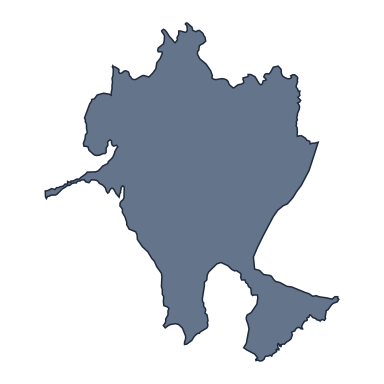 the district of Thota-ea-Moli, Maseru, Lesotho
{"feature_id": "5366337B11591763594047", "entity_name": "Thota-ea-Moli", "entity_type": "district", "adm_level": 2, "iso_a3": "LSO", "parent_name": "Lesotho", "parent_adm1": "Maseru", "projection": "orthographic", "projection_center": [27.504, -29.453], "detail": "fine", "context": "isolated", "style": "filled", "palette": "slate", "viewbox_px": 384, "rotation_deg": 0, "n_neighbors": 0, "source": "geoboundaries", "source_scale": "gbopen_adm2", "svg_char_len": 5903}
<svg xmlns="http://www.w3.org/2000/svg" viewBox="0 0 384 384"><path d="M337.7,296.7L335.0,296.7L332.2,299.1L326.3,297.8L319.7,296.9L316.1,295.7L312.8,296.3L309.0,293.7L305.2,292.5L291.8,287.0L286.8,286.3L279.9,282.5L275.6,281.5L273.5,279.3L271.4,276.2L270.0,275.5L263.5,274.5L259.5,270.4L254.6,269.1L253.4,257.0L257.4,247.5L263.0,236.0L273.2,216.7L277.8,210.1L283.2,205.7L287.5,203.8L292.9,197.6L296.7,191.4L301.3,185.3L309.1,170.4L318.2,142.2L314.5,143.2L312.2,143.2L310.1,143.9L309.7,141.3L306.6,140.1L305.6,138.3L301.7,135.8L299.2,135.8L297.4,136.4L297.1,134.5L297.4,131.4L297.1,127.7L296.1,125.8L296.6,123.9L296.3,121.6L297.4,119.9L296.6,117.3L297.4,115.6L297.4,113.7L299.2,109.3L299.6,106.5L298.7,104.4L297.6,103.0L299.7,102.0L300.7,100.3L297.8,97.4L299.9,95.4L299.4,93.3L299.9,91.1L298.4,91.3L297.7,89.3L296.3,87.2L296.1,86.1L297.6,81.7L297.3,80.4L297.7,77.9L296.9,76.5L294.7,74.8L292.9,74.7L290.7,75.8L291.6,77.3L291.5,77.7L289.5,78.8L287.8,78.8L284.7,77.5L282.4,75.8L281.4,73.3L281.1,69.3L278.1,66.1L273.3,67.2L270.4,72.4L268.9,74.0L267.1,73.6L265.9,73.8L264.8,74.5L263.9,76.5L264.0,77.4L265.5,78.4L266.1,79.6L265.6,80.3L263.2,80.8L262.5,83.3L261.8,84.4L261.2,84.7L260.5,84.7L259.1,83.5L255.1,76.8L251.0,74.6L249.2,74.4L248.1,74.5L248.2,75.6L247.8,76.7L243.1,77.9L243.0,79.6L243.8,81.4L243.7,82.3L243.0,83.3L241.2,84.2L238.1,84.7L234.1,87.7L233.2,87.9L229.6,85.0L228.9,83.8L228.0,81.3L226.4,79.8L224.0,78.9L222.0,78.6L215.8,79.6L213.5,79.2L211.8,77.7L212.4,75.7L210.6,70.7L206.1,64.1L199.9,58.9L197.5,54.4L197.5,51.6L198.8,50.2L199.3,45.9L200.7,44.7L203.3,43.4L205.7,41.1L205.0,37.2L203.8,35.6L202.9,33.4L199.6,30.5L198.1,30.5L195.9,31.7L193.0,30.5L192.6,30.0L192.0,27.2L187.2,23.0L186.1,23.0L185.3,24.0L186.9,25.8L187.3,30.1L186.7,31.6L185.4,32.4L180.2,30.9L178.7,31.0L178.7,34.6L177.0,37.6L177.5,39.6L175.3,42.7L174.4,42.3L171.9,39.1L169.4,36.5L166.8,32.3L164.9,30.0L163.3,29.3L161.9,30.5L161.6,30.9L161.8,31.7L164.0,34.6L164.5,36.4L164.2,41.0L163.5,43.8L158.3,48.0L157.7,50.5L158.3,51.9L160.8,51.7L162.2,52.1L162.3,53.3L160.2,58.5L156.8,62.8L155.8,68.9L152.9,72.9L149.1,76.8L148.5,76.9L144.0,75.5L142.4,75.6L136.2,79.2L134.6,79.6L133.0,79.4L131.7,78.7L130.6,76.8L129.7,76.2L128.7,72.5L128.2,71.8L125.9,70.8L124.5,71.0L123.6,71.3L122.8,72.3L121.5,73.1L119.8,73.4L118.7,72.1L119.0,69.8L118.7,69.2L115.9,67.4L113.2,66.3L112.8,65.7L112.3,66.8L113.0,68.1L113.3,70.2L113.0,75.7L112.1,78.3L112.5,82.7L112.0,85.1L112.0,89.3L111.3,91.8L111.3,95.2L109.4,94.2L103.7,93.2L97.2,95.0L94.4,98.8L91.7,99.5L91.6,101.2L89.8,103.7L84.5,118.0L85.5,120.1L85.2,121.6L86.1,123.1L86.5,125.0L86.5,128.8L87.1,131.1L87.1,133.0L85.5,134.7L85.0,139.0L83.4,143.4L83.9,146.2L87.8,146.6L89.1,150.4L94.2,154.9L96.4,155.5L99.7,155.1L103.0,153.6L104.9,153.6L106.1,152.4L106.2,147.9L107.9,145.4L107.7,141.7L110.0,139.8L111.5,140.9L111.5,143.0L112.2,145.1L113.7,146.2L116.4,145.2L117.8,146.8L116.5,148.5L114.8,151.7L114.3,153.9L113.0,156.8L111.4,158.9L108.4,161.5L107.7,163.6L102.6,166.1L99.8,169.3L97.9,171.0L95.4,171.9L87.2,172.1L85.7,174.0L80.6,177.6L79.3,179.1L76.6,179.1L73.2,181.0L71.0,181.0L70.7,182.5L67.6,181.4L67.6,184.0L65.0,184.1L63.1,186.1L60.3,186.7L58.5,187.6L56.6,187.6L54.9,189.5L51.6,188.6L48.0,190.5L45.2,191.0L45.5,196.9L46.4,198.6L47.5,196.5L49.5,196.1L50.8,195.2L55.7,195.0L57.4,193.9L62.3,188.9L65.1,187.4L66.8,185.9L70.0,185.2L72.0,183.5L74.5,182.9L76.5,182.9L77.3,181.2L80.1,181.0L81.6,179.9L84.4,179.9L85.7,181.9L89.0,182.7L91.3,179.9L93.4,179.9L96.1,180.2L97.9,181.2L99.3,183.3L102.8,185.1L105.3,187.8L106.4,191.2L107.7,193.1L108.9,192.3L110.1,189.5L111.7,188.2L113.0,188.5L114.3,190.1L116.1,193.6L119.1,197.2L119.5,195.7L119.4,194.8L120.6,192.4L120.5,190.8L121.0,189.8L121.0,188.0L122.4,185.9L123.8,186.4L124.2,187.6L124.0,197.6L123.1,199.7L121.4,201.0L120.1,202.9L119.9,205.9L122.4,209.0L122.4,212.5L125.0,216.9L126.7,222.2L126.7,224.6L129.2,229.2L135.7,231.8L137.1,234.9L137.4,239.4L142.3,246.6L147.9,251.9L151.7,258.3L154.5,261.5L156.8,266.8L161.4,273.2L161.9,276.8L161.4,286.6L162.3,289.5L162.3,294.4L163.7,296.5L163.4,301.6L163.8,305.6L167.2,306.9L169.0,308.3L168.0,310.7L168.0,315.0L165.7,319.0L165.7,321.4L164.9,323.5L163.3,325.4L165.2,327.9L168.2,325.6L170.5,324.5L175.6,323.7L178.3,324.4L179.9,325.6L182.5,328.2L185.6,336.0L185.6,338.8L184.5,342.2L184.5,344.5L186.8,344.1L191.7,340.5L194.2,336.5L197.3,333.5L199.4,333.3L200.1,332.0L206.8,328.0L207.7,326.5L207.8,324.4L207.3,322.9L208.0,320.6L207.0,314.8L204.9,313.1L205.7,310.3L205.4,308.6L203.6,306.3L203.7,302.9L202.7,301.8L202.4,300.2L202.4,298.5L204.4,285.7L204.4,282.3L206.8,279.9L207.2,275.1L208.7,271.9L216.8,263.9L221.0,262.5L227.9,265.7L231.5,269.2L232.8,270.0L234.7,270.9L236.5,270.6L240.3,273.2L241.1,274.7L240.7,277.3L241.6,280.0L245.0,280.0L245.8,282.6L247.6,283.9L248.5,286.6L250.8,288.2L251.4,294.0L252.6,295.5L254.0,295.0L257.4,295.0L257.8,297.7L256.9,304.2L251.2,312.6L247.2,315.0L246.3,317.1L246.3,319.5L248.1,324.5L249.0,329.0L246.3,343.4L243.7,347.7L246.7,349.9L254.6,354.0L257.6,357.7L255.7,359.5L256.0,360.6L257.6,360.0L259.6,361.0L262.2,360.7L264.0,359.3L264.9,357.0L265.7,356.3L268.5,356.0L270.2,355.2L271.7,356.1L272.6,354.1L276.3,351.8L276.7,351.1L276.1,349.9L276.8,349.4L278.8,349.9L279.0,348.8L278.2,348.3L277.5,344.8L278.1,343.6L278.6,343.7L279.7,345.9L280.4,346.5L281.1,346.5L281.2,345.5L280.5,344.9L283.4,344.0L284.4,344.2L286.6,342.0L289.0,340.6L291.0,338.8L292.4,334.6L291.5,332.8L291.7,332.1L294.8,330.9L295.6,329.2L297.6,327.5L299.5,327.5L301.0,328.8L302.6,329.0L302.5,328.3L301.7,327.6L301.7,326.5L302.6,324.0L303.8,322.6L304.0,321.5L307.1,320.4L307.3,319.9L306.9,318.5L307.1,317.9L307.6,317.4L308.7,317.4L309.7,314.9L310.5,315.0L312.8,317.5L316.0,318.7L316.4,319.6L319.6,320.5L320.1,321.1L320.9,320.2L322.4,319.5L324.4,320.4L325.6,318.6L325.2,317.1L326.3,310.5L327.9,309.8L331.4,304.9L333.3,303.3L337.2,301.9L338.8,299.3L337.8,298.4L337.7,296.7Z" fill="#64748b" stroke="#1e293b" stroke-width="1.5"/></svg>